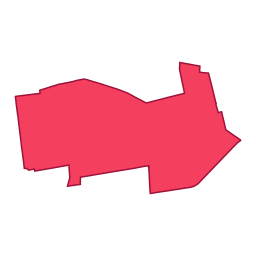 Tudor Vladimirescu, Braila, Romania (orthographic projection)
{"feature_id": "2599482B82586495154096", "entity_name": "Tudor Vladimirescu", "entity_type": "district", "adm_level": 2, "iso_a3": "ROU", "parent_name": "Romania", "parent_adm1": "Braila", "projection": "orthographic", "projection_center": [27.76, 45.232], "detail": "fine", "context": "isolated", "style": "filled", "palette": "rose", "viewbox_px": 256, "rotation_deg": 0, "n_neighbors": 0, "source": "geoboundaries", "source_scale": "gbopen_adm2", "svg_char_len": 1929}
<svg xmlns="http://www.w3.org/2000/svg" viewBox="0 0 256 256"><path d="M26.8,168.5L27.3,168.9L28.5,170.1L29.5,170.0L30.1,169.9L30.3,169.8L34.5,169.1L34.8,171.1L40.5,170.1L49.8,168.5L68.9,165.1L69.5,173.6L69.8,177.6L67.5,186.2L80.4,184.4L80.3,182.5L80.5,177.2L82.2,176.9L87.2,176.1L96.5,174.5L115.6,171.3L133.5,168.4L142.7,166.6L148.6,165.7L148.7,166.1L148.6,166.4L148.6,167.5L149.0,167.4L148.9,167.7L148.9,170.1L149.0,171.2L149.1,173.0L149.2,174.8L149.6,183.5L150.1,191.8L150.3,193.5L158.3,192.2L161.7,191.7L163.9,191.4L173.6,189.9L190.3,187.3L192.1,186.9L193.3,186.5L194.5,186.0L196.0,185.1L197.3,184.2L198.5,183.3L199.9,181.8L212.1,169.1L232.1,148.2L237.0,143.2L237.9,142.4L238.7,141.8L240.6,140.5L240.3,139.8L239.5,139.3L237.8,138.1L234.1,135.6L230.5,133.1L230.4,133.0L226.0,129.9L225.8,129.8L224.1,122.4L222.8,117.1L221.6,111.8L219.8,112.2L219.2,112.3L218.2,112.5L216.2,105.3L215.8,103.8L216.2,103.4L215.9,102.9L213.5,93.1L211.1,83.4L208.9,74.6L208.5,73.1L206.2,72.9L204.0,72.7L200.4,72.3L199.6,72.2L199.7,71.9L199.7,70.3L199.9,66.1L191.3,64.6L191.0,64.5L179.8,62.5L179.7,65.0L179.5,69.2L182.4,83.1L182.7,84.4L184.5,93.3L169.6,97.0L146.8,102.9L145.9,102.8L142.2,100.9L139.8,99.6L139.2,99.3L137.2,98.3L135.1,97.2L134.5,96.8L133.3,96.2L132.7,95.8L129.5,94.1L128.6,93.6L127.9,93.2L118.1,89.4L109.3,86.6L107.1,85.9L104.0,84.9L101.0,83.9L95.0,82.1L90.6,80.8L88.3,80.1L87.1,79.7L85.8,79.4L84.0,79.1L83.5,79.1L76.4,80.5L72.6,81.6L67.6,82.6L58.7,84.3L58.3,84.4L56.5,85.0L52.9,86.1L49.7,87.1L46.4,88.2L42.5,89.4L40.3,90.1L39.7,90.3L39.9,91.8L40.1,93.4L34.8,94.0L29.4,94.7L21.1,95.7L15.6,96.4L15.4,96.5L15.5,97.9L15.7,99.4L15.8,99.7L15.9,100.0L16.0,100.3L16.1,100.5L16.0,100.9L15.9,101.3L16.0,101.7L16.1,102.9L16.8,108.5L17.7,115.2L17.9,115.9L18.7,122.9L21.3,144.4L21.3,144.7L21.6,147.1L22.0,149.8L23.4,160.4L24.3,168.4L24.5,168.5L25.1,168.5L26.3,168.4L26.7,168.5L26.8,168.5Z" fill="#f43f5e" stroke="#9f1239" stroke-width="1.5"/></svg>